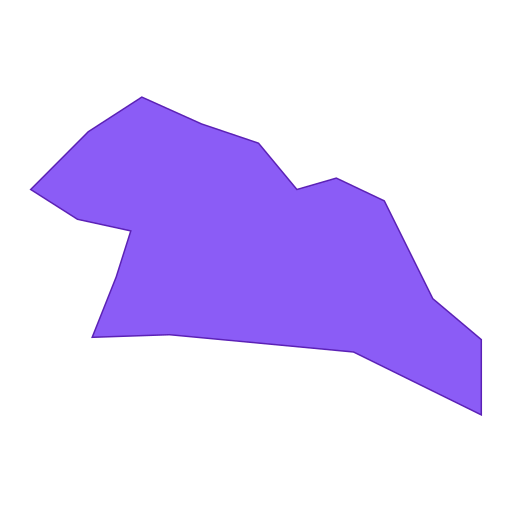 SVG path tracing the border of Eastern
{"feature_id": "HKG-5155", "entity_name": "Eastern", "entity_type": "state/province", "adm_level": 1, "iso_a3": "HKG", "parent_name": "Hong Kong S.A.R.", "parent_adm1": "", "projection": "natural_earth1", "projection_center": [114.211, 22.27], "detail": "fine", "context": "isolated", "style": "filled", "palette": "violet", "viewbox_px": 512, "rotation_deg": 0, "n_neighbors": 0, "source": "natural_earth", "source_scale": "10m", "svg_char_len": 342}
<svg xmlns="http://www.w3.org/2000/svg" viewBox="0 0 512 512"><path d="M30.7,189.5L88.3,131.7L141.8,97.1L201.4,123.9L258.5,143.2L296.9,189.5L336.3,178.1L384.3,200.9L432.8,298.7L481.3,339.6L481.3,414.9L353.5,352.0L169.5,334.7L92.2,337.3L116.2,277.0L130.8,230.9L77.5,219.3L30.7,189.5Z" fill="#8b5cf6" stroke="#5b21b6" stroke-width="1.5"/></svg>